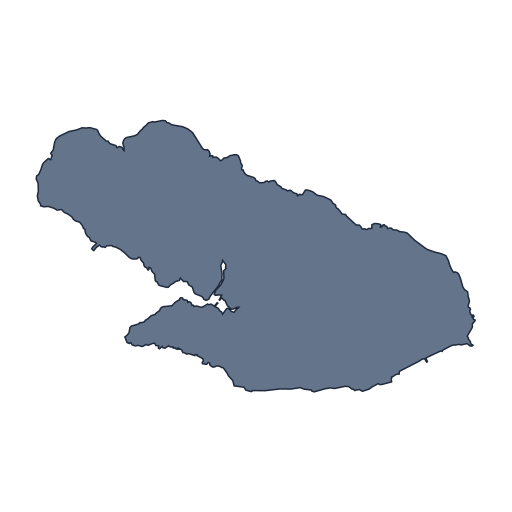 the district of Maap, Federated States of Micronesia, rotated 84°
{"feature_id": "79324940B26279629748947", "entity_name": "Maap", "entity_type": "district", "adm_level": 2, "iso_a3": "FSM", "parent_name": "Federated States of Micronesia", "parent_adm1": "", "projection": "orthographic", "projection_center": [138.163, 9.592], "detail": "fine", "context": "isolated", "style": "filled", "palette": "slate", "viewbox_px": 512, "rotation_deg": 84, "n_neighbors": 0, "source": "geoboundaries", "source_scale": "gbopen_adm2", "svg_char_len": 6110}
<svg xmlns="http://www.w3.org/2000/svg" viewBox="0 0 512 512"><g transform="rotate(84 256 256)"><path d="M398.4,154.4L395.7,147.8L396.9,146.2L396.9,144.1L395.4,134.3L392.1,134.3L391.6,133.8L390.5,133.7L390.2,132.3L388.8,130.1L388.2,127.5L388.5,126.1L385.6,125.3L377.9,105.3L375.9,101.3L375.8,99.0L379.3,97.5L379.0,96.5L375.3,97.7L374.7,96.6L369.7,82.1L370.4,81.0L369.0,79.8L366.0,72.3L365.1,69.2L365.4,67.5L365.1,63.3L365.9,61.3L365.2,55.6L366.1,54.1L367.7,52.8L368.2,50.6L367.4,49.5L366.0,51.4L363.2,51.9L361.0,53.3L359.3,53.5L357.8,54.3L349.6,48.3L346.2,47.9L343.2,44.8L342.2,45.0L341.7,46.2L339.8,47.3L339.2,47.3L339.5,46.1L338.9,45.5L338.2,45.6L337.3,46.4L337.7,47.5L336.6,48.4L334.2,49.1L332.9,49.1L331.6,48.3L330.1,48.6L329.4,49.8L328.1,50.3L323.0,48.4L318.3,49.2L313.7,49.3L311.1,52.2L308.4,53.5L300.2,54.9L295.2,56.3L293.6,57.6L292.6,59.7L293.0,61.2L289.9,62.8L285.3,64.3L281.1,65.0L275.5,67.1L272.9,71.9L270.7,78.0L267.2,85.4L257.0,96.5L249.0,103.2L247.9,105.6L246.8,110.4L244.9,113.3L244.8,115.2L244.0,117.2L242.5,118.5L242.1,120.1L242.5,122.3L240.1,122.9L240.0,124.2L238.3,125.2L238.3,126.3L239.8,127.4L240.4,129.0L240.1,129.5L238.6,128.4L237.6,129.0L236.5,131.8L236.1,134.9L237.0,137.5L240.7,137.9L240.4,141.2L241.2,142.8L241.1,144.1L240.2,145.0L240.4,147.5L237.5,148.8L236.1,150.0L235.6,153.0L234.0,154.6L225.8,161.8L224.1,162.5L223.3,165.9L219.2,168.4L217.3,169.8L216.8,170.8L215.8,171.4L214.1,171.4L212.8,172.3L212.0,173.7L208.2,175.7L204.0,182.4L201.9,188.9L198.3,192.6L196.8,195.3L195.6,198.5L195.6,200.0L199.9,203.4L199.2,206.6L200.6,208.1L200.3,208.6L199.1,208.5L198.2,209.1L197.7,210.8L196.6,212.5L194.7,214.2L194.1,215.2L194.5,217.9L193.4,219.0L191.5,223.2L189.7,224.1L187.2,227.4L183.5,229.1L182.8,230.2L183.0,234.0L183.8,235.6L182.6,236.8L182.7,238.7L183.8,240.3L183.5,245.1L181.7,246.6L181.2,248.1L178.8,248.8L177.5,250.4L174.9,256.3L173.5,258.0L170.7,259.5L169.2,259.6L168.7,261.1L167.6,261.3L165.0,260.3L163.5,260.5L161.9,261.5L159.6,261.5L154.4,263.1L153.2,264.8L153.0,266.6L153.5,271.5L155.1,274.4L155.2,277.7L156.8,279.4L157.6,281.3L155.1,283.2L153.4,285.2L153.4,288.5L151.9,288.5L151.5,289.6L151.9,291.7L149.7,291.0L146.9,291.7L145.2,293.1L145.0,295.9L144.4,297.1L143.3,298.0L126.6,306.2L122.6,310.4L119.8,315.3L116.7,326.1L114.5,328.8L114.1,330.6L112.0,332.0L111.4,335.0L112.2,342.9L111.6,344.6L112.3,349.1L114.7,351.8L116.3,354.4L117.7,355.5L119.2,357.7L122.7,361.3L123.8,364.3L124.6,372.2L125.5,374.2L127.4,375.7L129.9,376.7L134.1,375.9L137.3,376.2L136.2,377.1L133.9,377.9L132.8,380.4L133.7,383.0L131.6,383.7L128.9,389.7L126.4,391.0L126.0,393.0L120.7,397.8L118.1,399.3L114.7,400.3L113.6,401.1L110.9,407.9L111.0,411.6L110.3,415.4L111.9,421.4L112.6,428.8L116.2,438.8L118.4,442.4L121.8,444.4L129.4,446.6L132.4,449.5L134.4,448.3L138.8,450.0L138.8,450.7L137.5,451.6L137.4,452.4L140.9,457.3L142.7,458.8L147.6,460.9L152.2,463.6L153.5,465.9L156.5,466.5L160.9,465.1L168.8,465.7L173.4,467.2L178.3,466.8L182.2,464.8L183.6,465.0L184.9,461.9L185.0,457.4L187.3,452.2L189.6,448.9L189.4,444.7L192.6,442.1L194.8,438.4L197.9,435.0L200.2,433.9L202.0,432.2L204.1,427.7L207.6,425.5L210.5,424.7L211.5,423.5L215.1,423.2L217.0,422.5L219.0,421.4L220.0,419.9L223.8,418.5L225.6,414.2L226.7,413.3L229.9,417.3L231.4,418.5L232.6,418.1L233.7,416.7L230.0,413.2L230.2,412.7L228.8,410.6L230.4,409.2L231.1,407.8L230.8,406.9L231.7,405.1L230.3,403.4L230.5,398.3L231.6,397.3L232.4,394.7L235.3,390.2L239.4,386.1L244.0,382.3L245.4,380.5L246.1,379.0L246.4,375.0L246.0,373.8L245.1,373.4L245.3,371.6L246.2,371.1L247.8,371.0L251.3,368.6L254.1,368.3L255.6,367.3L256.2,366.0L258.5,365.0L258.7,364.4L257.9,363.8L256.2,363.7L256.4,362.8L257.3,361.9L260.6,361.0L263.4,358.8L269.8,358.8L271.0,358.1L271.6,356.8L274.5,356.0L275.6,354.2L277.9,347.9L277.9,346.5L275.7,344.0L274.3,340.6L273.0,338.7L272.3,334.7L270.0,333.6L273.8,330.8L274.1,327.7L274.9,326.8L277.5,326.1L280.3,322.6L285.6,321.5L287.2,320.5L290.4,314.4L291.8,313.1L293.5,312.5L295.0,310.1L293.9,307.4L291.0,305.6L281.4,296.1L279.5,295.2L276.3,292.5L270.2,291.6L261.5,292.0L258.8,290.2L256.8,289.7L261.4,286.9L264.5,287.5L265.2,287.0L267.3,289.7L274.6,290.2L276.1,290.8L280.9,293.9L285.9,299.7L289.9,301.6L290.9,300.4L290.8,297.1L291.4,294.1L293.2,295.7L293.7,295.3L295.6,297.2L296.2,296.6L294.2,294.6L294.5,294.0L296.7,292.5L297.0,291.5L302.4,289.7L305.6,286.9L306.4,285.6L306.3,283.6L305.1,280.6L305.1,278.4L306.2,279.5L307.0,281.3L309.7,283.6L308.5,286.5L307.3,287.0L305.5,288.9L305.0,290.1L305.6,291.1L310.4,295.3L308.1,296.0L307.0,297.5L304.0,299.1L302.0,302.1L298.9,298.9L298.4,299.5L301.5,302.7L299.1,305.7L299.5,307.9L298.7,309.2L300.8,313.6L301.3,315.8L299.5,320.3L299.7,323.1L298.7,323.2L298.2,324.1L298.4,324.8L295.9,325.4L294.9,326.4L294.4,327.2L295.0,328.8L293.0,329.0L291.7,332.8L290.0,333.5L289.6,334.9L290.2,336.2L291.4,336.6L293.5,341.1L296.7,344.8L296.7,353.9L297.4,355.6L298.6,356.8L300.1,357.5L302.5,361.5L303.5,362.2L304.4,366.5L307.4,370.5L308.2,372.5L310.0,374.3L310.3,377.0L310.0,378.3L311.3,379.8L312.7,387.4L313.9,388.8L319.2,390.4L321.4,392.6L322.8,394.9L328.6,393.3L329.8,391.1L329.0,389.6L331.5,388.4L332.8,385.4L332.6,382.4L334.1,378.9L333.9,377.6L332.5,374.5L333.6,372.7L332.1,367.9L332.3,365.8L334.6,365.0L335.1,362.3L337.4,362.7L338.2,361.6L336.1,358.8L337.5,358.2L338.2,356.1L336.1,352.3L336.9,351.9L337.6,350.4L337.6,348.2L338.7,348.2L339.1,347.4L339.1,345.4L340.2,345.2L340.6,343.6L339.4,343.0L339.8,342.3L340.7,342.1L340.7,341.1L342.0,339.3L343.3,339.4L344.4,338.7L345.4,336.1L346.3,335.5L346.1,333.0L348.7,327.2L347.7,326.8L348.0,324.8L349.0,325.0L352.5,319.6L354.9,319.3L356.3,320.7L357.6,320.4L358.6,316.4L356.9,314.8L357.5,313.4L359.5,313.3L361.8,311.0L362.1,309.4L361.2,306.4L362.0,303.5L363.3,301.9L363.8,300.2L369.6,296.9L372.4,295.9L377.5,292.1L382.9,291.3L385.2,281.8L388.4,280.0L390.4,274.9L389.5,273.1L390.9,261.1L390.7,246.1L392.0,235.1L391.5,225.9L393.5,221.9L395.1,215.0L396.2,214.6L397.2,212.4L395.3,201.5L394.9,195.8L396.0,191.8L394.9,180.9L395.7,177.1L398.2,174.8L398.8,173.1L400.2,171.7L399.7,170.1L399.8,166.8L401.7,164.4L400.2,157.4L398.4,154.4Z" fill="#64748b" stroke="#1e293b" stroke-width="1.5"/></g></svg>